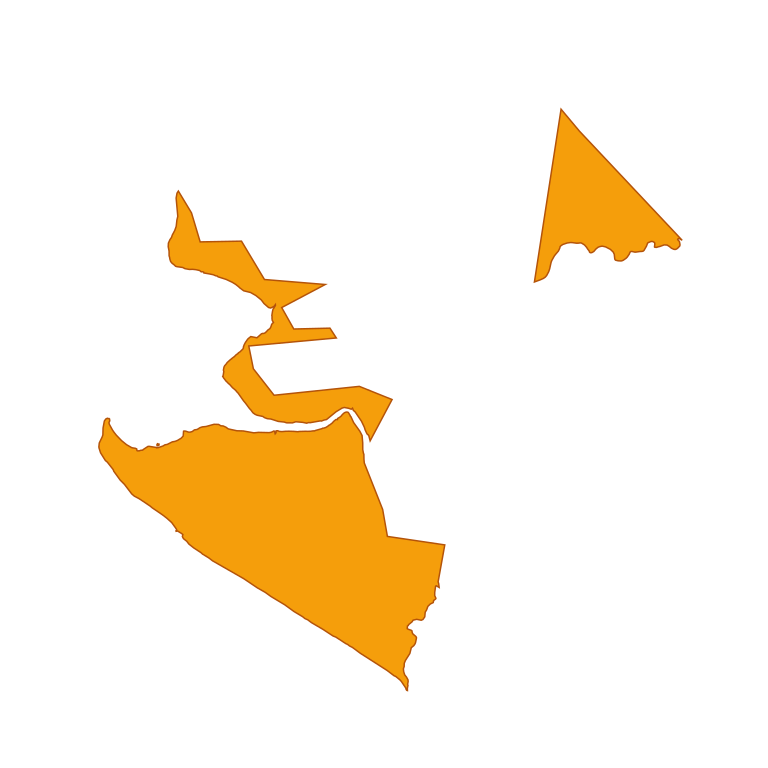 Mapoon, Queensland, Australia (Albers equal-area conic projection), rotated 279°
{"feature_id": "25037944B16136262303417", "entity_name": "Mapoon", "entity_type": "district", "adm_level": 2, "iso_a3": "AUS", "parent_name": "Australia", "parent_adm1": "Queensland", "projection": "albers", "projection_center": [141.958, -12.172], "detail": "fine", "context": "isolated", "style": "filled", "palette": "amber", "viewbox_px": 768, "rotation_deg": 279, "n_neighbors": 0, "source": "geoboundaries", "source_scale": "gbopen_adm2", "svg_char_len": 6147}
<svg xmlns="http://www.w3.org/2000/svg" viewBox="0 0 768 768"><g transform="rotate(279 384 384)"><path d="M312.2,374.6L315.8,373.3L322.5,372.2L329.7,370.4L333.6,367.5L341.2,360.0L346.5,356.5L347.2,355.5L347.6,355.5L350.3,353.2L350.5,352.3L350.4,351.1L349.7,349.8L348.7,348.7L346.9,347.4L345.6,346.7L344.2,345.4L342.7,343.6L341.6,343.6L341.4,342.2L341.1,341.8L339.2,340.1L337.4,339.0L335.0,336.7L334.6,336.0L333.7,335.3L332.1,333.5L331.0,331.5L330.8,330.4L330.1,329.5L327.3,323.4L326.8,322.7L326.6,321.3L325.8,318.7L325.2,315.5L325.1,314.3L323.8,307.4L323.4,306.6L323.1,302.4L322.5,297.6L321.9,294.2L321.0,290.6L320.8,288.1L321.2,286.4L320.9,284.8L319.0,285.0L317.8,284.3L319.9,283.4L320.4,282.7L318.7,280.2L318.0,278.1L316.6,267.6L315.4,263.1L315.6,252.3L314.8,246.0L315.3,237.2L316.6,234.7L317.4,231.7L317.2,229.4L318.2,226.9L317.6,222.4L314.2,214.9L313.2,211.2L312.1,209.1L309.9,206.6L309.0,203.9L307.1,202.1L306.1,200.0L305.9,198.4L306.4,195.6L306.3,193.8L306.0,193.4L301.2,193.8L298.8,192.2L296.0,188.9L294.7,186.7L293.7,183.9L290.4,179.3L289.7,177.2L288.2,175.4L285.9,171.1L285.4,169.3L285.7,168.9L285.7,161.7L285.4,160.6L281.5,156.3L280.9,156.0L280.5,154.2L279.7,152.7L279.4,151.0L279.6,150.4L281.2,149.9L281.6,148.6L281.6,145.3L281.8,144.4L283.8,139.2L287.0,133.7L291.6,127.6L294.0,125.0L296.0,123.1L301.0,119.2L301.9,118.7L303.0,118.4L304.7,118.9L306.5,118.4L306.9,117.8L306.7,116.9L306.9,116.1L305.9,114.7L303.7,113.6L296.6,113.4L289.7,114.3L287.5,113.9L281.2,112.0L277.4,112.2L276.3,112.5L271.7,114.8L264.8,120.8L263.6,122.9L257.1,129.9L255.5,130.8L247.8,138.5L244.3,143.3L236.0,152.0L234.2,154.9L232.4,160.1L226.9,172.0L225.4,174.5L220.2,185.5L217.6,190.3L213.9,196.0L209.2,200.7L208.0,201.8L207.3,202.1L206.5,201.5L206.0,201.7L206.5,203.1L204.7,207.4L203.8,208.9L201.8,208.7L199.9,210.1L197.8,213.8L195.4,216.3L192.3,221.8L188.8,229.6L187.6,231.4L184.9,238.0L182.5,242.4L169.7,276.1L162.8,290.9L159.7,299.1L156.4,305.7L150.4,320.5L145.2,330.7L141.4,340.1L139.9,342.7L139.2,345.5L137.0,349.6L132.1,362.1L127.1,373.2L126.5,376.0L121.6,386.9L121.1,388.8L119.9,390.9L118.9,394.0L114.3,402.8L101.6,431.8L97.4,439.6L97.0,441.3L94.2,446.1L92.9,447.7L87.2,453.0L85.7,453.7L85.0,454.4L84.9,455.1L87.0,454.7L90.1,454.8L91.1,454.3L93.8,454.4L95.5,454.0L98.0,452.1L99.9,450.0L102.8,448.5L105.7,447.7L108.1,448.1L111.3,447.7L114.3,448.4L121.9,451.7L127.8,452.2L130.3,454.4L132.2,455.3L133.6,455.6L137.8,455.8L138.7,455.7L139.6,455.0L141.7,451.6L142.8,450.8L144.6,450.2L145.0,449.5L145.5,446.6L146.0,445.2L148.7,445.0L149.3,445.8L150.1,445.9L153.5,448.9L155.3,449.7L156.7,453.1L156.5,457.7L157.5,459.3L160.4,460.7L165.1,460.4L167.5,461.4L171.2,462.1L174.0,464.2L175.8,466.8L177.9,466.9L179.7,468.6L180.5,468.8L182.9,467.2L186.2,466.7L192.3,466.6L192.9,467.2L191.7,470.3L195.5,469.2L197.1,468.4L234.6,469.2L234.0,411.2L259.9,402.3L302.9,376.9L306.4,376.0L311.5,375.1L312.2,374.6ZM410.0,245.0L407.5,242.7L405.3,241.5L404.3,241.2L403.9,240.8L401.0,239.8L398.4,239.3L397.7,239.5L396.6,239.2L393.2,236.7L391.9,235.2L391.3,235.1L389.9,233.5L387.8,232.0L385.3,229.6L385.1,229.6L384.2,228.6L380.6,225.7L379.4,225.2L377.0,223.7L375.6,223.3L372.6,223.2L371.3,223.8L367.2,223.8L366.2,223.5L365.8,224.1L365.2,224.3L361.9,227.8L361.6,228.4L359.9,230.6L359.6,231.4L356.7,234.9L354.4,238.7L353.6,239.4L352.2,241.3L345.4,247.9L343.5,250.1L338.7,255.0L337.4,256.7L335.2,258.9L334.5,260.0L334.5,260.4L333.9,261.3L333.3,263.6L333.0,269.4L332.1,271.2L331.5,274.1L331.7,277.8L330.5,285.4L330.8,291.5L330.4,293.7L331.3,299.7L332.9,302.8L333.4,309.7L333.2,313.7L334.2,315.8L334.2,317.0L337.6,326.9L337.6,328.0L339.1,330.6L339.9,332.8L349.1,341.0L353.6,346.3L354.6,348.4L354.5,352.6L354.0,355.6L355.2,356.7L353.2,357.8L351.9,359.9L343.8,367.5L338.3,371.3L335.8,372.5L332.8,374.5L331.5,375.6L331.5,376.2L330.7,377.0L325.7,379.2L369.9,394.4L377.8,360.0L355.7,277.2L378.6,252.6L400.4,244.5L422.0,329.7L430.7,321.9L424.2,286.3L443.5,271.0L473.1,310.4L468.5,249.6L502.8,220.9L495.6,180.2L522.9,167.1L542.4,150.7L540.1,149.7L535.1,149.6L517.3,154.1L513.6,153.8L507.2,154.1L502.9,153.3L498.0,151.6L495.6,151.2L493.1,150.0L489.4,149.0L485.8,149.4L481.7,150.9L477.0,151.7L475.6,152.4L473.8,153.0L471.6,154.1L470.1,155.8L468.8,158.2L467.7,159.7L467.5,161.1L467.6,167.0L466.8,169.3L466.7,173.9L467.3,176.8L467.5,180.3L467.3,183.4L467.2,184.3L466.2,185.9L466.5,187.2L466.3,188.4L465.5,188.7L465.4,194.5L465.2,198.4L464.6,200.6L464.5,202.5L463.9,203.3L462.6,211.8L460.7,218.3L459.2,221.9L457.5,224.9L456.1,227.0L454.1,230.9L453.5,237.9L451.3,243.7L447.8,249.7L444.7,252.9L441.5,258.0L441.3,260.1L443.3,263.1L445.4,264.3L444.5,264.5L443.1,263.8L442.2,263.6L440.6,262.7L438.5,262.5L434.1,262.5L432.7,263.0L431.7,263.0L429.5,263.6L427.4,265.2L426.4,264.3L425.2,263.7L423.0,263.4L420.9,262.7L419.2,260.9L417.2,259.6L415.6,258.2L415.1,257.2L415.0,256.2L414.4,255.1L409.8,251.3L410.0,245.0ZM508.3,516.6L511.3,522.0L513.2,524.9L514.7,526.5L516.6,527.7L520.7,529.1L523.6,529.6L530.2,530.0L532.2,530.4L537.1,532.2L538.9,533.2L542.7,535.5L545.5,536.3L547.4,536.5L548.2,537.1L549.8,538.8L551.9,542.8L552.9,546.1L553.1,547.7L553.2,552.2L553.6,554.2L554.1,555.8L554.1,557.0L552.7,560.3L550.7,562.7L549.2,564.0L547.5,565.8L546.4,566.4L546.0,567.1L546.0,567.9L546.4,568.9L547.7,570.5L550.5,572.2L552.6,574.1L553.4,575.5L554.3,577.9L554.1,581.4L552.4,586.5L550.2,589.7L548.2,591.1L543.8,592.3L543.0,592.7L542.5,593.4L542.3,595.9L542.6,598.9L543.0,599.9L543.7,601.0L546.0,603.4L547.4,604.4L550.6,605.9L552.7,606.4L553.4,607.0L553.7,608.1L553.5,611.0L553.7,612.2L554.9,616.1L555.3,618.1L555.8,619.2L556.6,619.9L559.2,620.9L561.3,621.7L563.9,622.2L564.8,622.6L566.7,625.7L566.6,626.4L566.8,627.1L566.3,628.5L565.7,629.3L564.5,629.6L561.7,629.7L561.4,630.1L561.6,631.9L562.3,633.2L563.0,635.0L565.2,638.9L565.5,641.9L564.5,644.3L563.1,646.6L562.4,649.1L562.4,650.5L563.0,651.7L563.9,652.7L566.5,654.5L567.7,654.6L569.4,654.1L570.6,653.6L571.5,652.9L572.1,652.0L572.6,651.5L573.4,651.7L573.9,652.8L572.6,656.0L664.3,537.5L683.1,515.9L508.3,516.6ZM287.6,170.3L288.6,171.4L289.5,171.1L289.4,170.4L289.6,169.6L288.5,169.2L287.6,169.5L287.6,170.3Z" fill="#f59e0b" stroke="#b45309" stroke-width="1.5"/></g></svg>